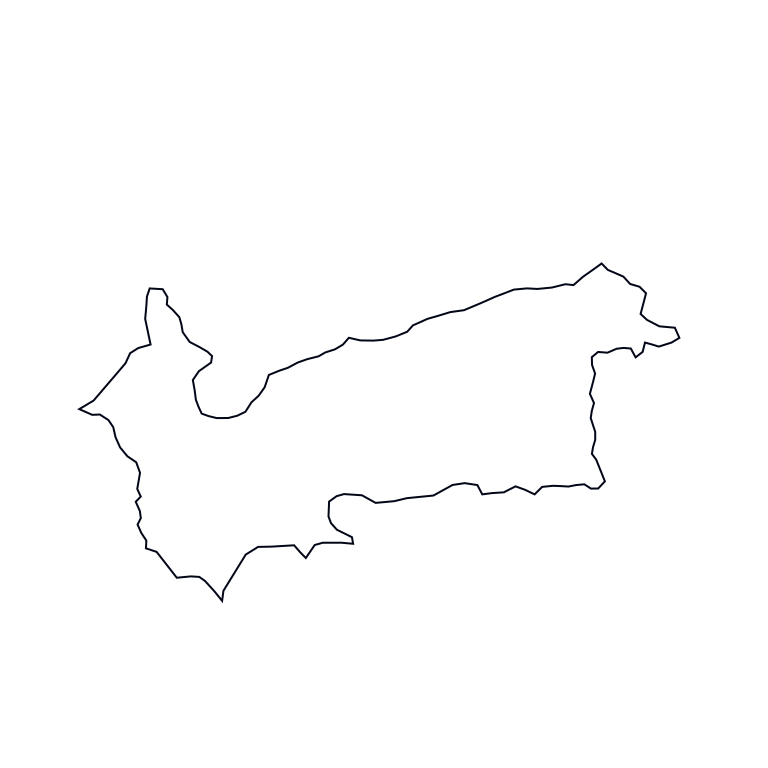 Natuba, Paraíba, Brazil (Robinson projection), rotated 66°
{"feature_id": "56859067B58433670335003", "entity_name": "Natuba", "entity_type": "district", "adm_level": 2, "iso_a3": "BRA", "parent_name": "Brazil", "parent_adm1": "Paraíba", "projection": "robinson", "projection_center": [-35.567, -7.549], "detail": "fine", "context": "isolated", "style": "outline", "palette": "ink", "viewbox_px": 768, "rotation_deg": 66, "n_neighbors": 0, "source": "geoboundaries", "source_scale": "gbopen_adm2", "svg_char_len": 2227}
<svg xmlns="http://www.w3.org/2000/svg" viewBox="0 0 768 768"><g transform="rotate(66 384 384)"><path d="M201.4,559.2L207.7,565.0L215.4,569.0L227.4,575.7L253.0,581.2L251.2,593.9L252.6,603.4L259.9,611.7L265.6,623.6L281.0,656.0L281.9,663.2L283.0,672.6L293.5,663.1L296.3,656.0L304.9,650.4L313.3,648.9L323.5,650.9L334.6,650.9L345.7,647.8L354.7,642.2L365.9,643.0L379.5,652.1L387.9,652.0L390.6,658.7L400.7,658.7L407.6,660.7L412.2,666.3L421.3,666.3L430.4,664.8L437.3,668.3L444.9,660.0L476.7,652.1L481.2,638.7L485.1,631.2L491.2,627.6L504.9,623.1L516.3,620.1L507.6,614.8L483.6,579.7L481.6,565.3L486.7,553.2L494.8,531.7L503.6,529.0L511.2,526.2L502.9,512.8L504.1,504.6L511.5,487.8L517.4,477.2L510.9,475.6L498.0,486.3L489.6,489.0L482.5,488.6L469.1,482.0L467.2,472.9L468.3,465.3L476.7,449.4L489.2,440.0L495.2,422.3L497.6,409.5L506.0,384.2L504.1,362.5L507.4,350.6L514.3,339.8L524.8,339.1L527.6,329.7L531.7,318.6L531.0,305.5L538.1,298.1L546.1,291.3L542.3,281.4L545.7,271.1L549.2,264.0L552.7,257.2L554.4,249.8L557.1,241.8L563.7,237.5L566.6,230.9L562.8,221.8L539.4,220.9L532.4,222.5L526.8,218.8L521.0,213.8L513.6,210.5L506.6,209.8L499.2,209.0L493.1,205.1L486.8,199.9L476.7,199.9L467.3,192.3L460.3,186.9L451.2,186.2L444.0,183.2L441.8,175.4L446.3,167.1L446.4,157.2L448.5,150.4L452.0,144.1L462.0,143.3L459.9,134.7L452.3,128.7L456.9,123.1L461.6,117.7L463.1,104.5L462.0,95.4L450.9,95.4L443.3,109.0L432.5,117.6L424.4,121.1L416.8,115.0L407.7,107.7L399.1,111.0L392.7,118.5L383.3,121.6L370.8,133.1L362.4,136.2L364.2,144.6L367.0,158.7L370.7,170.6L366.6,177.8L364.2,191.3L359.6,205.1L354.8,214.5L350.6,226.9L349.5,247.4L349.5,262.8L349.1,281.0L345.3,294.1L343.7,307.0L342.2,317.5L342.2,333.7L345.7,341.5L345.3,353.9L343.3,366.8L340.1,375.9L334.6,387.8L327.5,397.3L331.3,405.5L332.4,414.7L331.3,424.9L332.1,432.5L330.1,443.9L329.3,453.9L330.1,465.3L329.3,473.6L328.9,485.5L338.4,494.3L343.7,503.2L346.8,512.5L353.0,521.9L353.3,531.0L351.7,540.1L347.1,550.7L341.8,557.5L336.9,562.6L329.3,562.7L322.0,562.3L312.6,559.5L302.6,557.0L297.0,547.9L294.1,533.3L288.6,529.7L282.6,532.2L275.0,537.7L266.6,544.4L254.8,546.8L247.0,544.8L239.7,543.8L230.5,546.8L223.1,550.1L216.5,546.5L207.4,547.6L201.4,559.2Z" fill="none" stroke="#020617" stroke-width="2"/></g></svg>